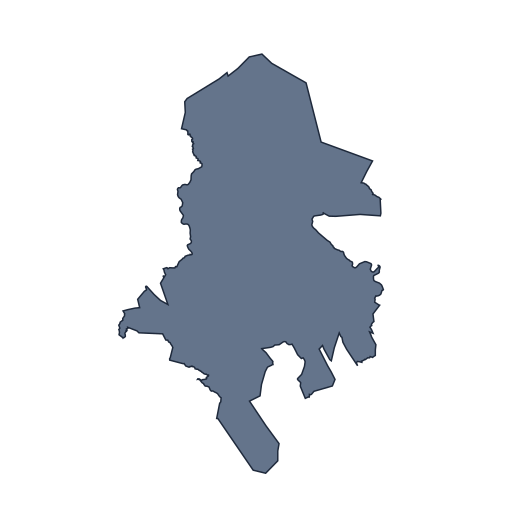 outline of Copalillo, Guerrero, Mexico, rotated 131°
{"feature_id": "50627088B95140334910762", "entity_name": "Copalillo", "entity_type": "district", "adm_level": 2, "iso_a3": "MEX", "parent_name": "Mexico", "parent_adm1": "Guerrero", "projection": "natural_earth1", "projection_center": [-99.014, 17.982], "detail": "fine", "context": "isolated", "style": "filled", "palette": "slate", "viewbox_px": 512, "rotation_deg": 131, "n_neighbors": 0, "source": "geoboundaries", "source_scale": "gbopen_adm2", "svg_char_len": 6168}
<svg xmlns="http://www.w3.org/2000/svg" viewBox="0 0 512 512"><g transform="rotate(131 256 256)"><path d="M92.5,331.8L100.3,370.6L99.7,384.0L110.2,391.7L126.2,392.7L138.5,395.1L136.6,398.2L146.5,400.0L182.3,411.3L186.3,411.0L194.1,403.5L208.8,395.7L206.4,391.2L206.7,390.2L206.4,389.7L207.1,388.8L209.0,387.1L208.8,386.4L207.6,386.1L207.4,385.8L207.7,385.3L208.6,384.5L208.4,383.9L208.8,383.2L208.6,382.1L208.8,381.2L209.3,380.6L210.4,380.8L211.7,379.5L211.6,379.1L211.0,378.6L211.2,378.2L212.0,378.1L212.2,376.7L212.8,376.9L213.8,376.7L214.4,375.9L215.0,376.1L215.2,375.7L215.3,374.9L215.9,373.8L217.0,374.0L217.3,373.1L219.0,372.1L219.2,371.3L219.7,370.6L220.1,369.6L220.1,368.9L220.7,368.6L220.1,366.8L220.3,366.2L221.2,365.6L220.7,363.6L220.9,363.2L222.1,362.6L221.6,361.8L221.1,360.1L221.5,359.4L222.3,359.3L221.8,357.4L222.7,356.4L224.3,355.5L227.9,356.8L229.8,358.2L231.0,358.6L233.0,358.3L236.3,358.5L237.8,357.7L241.2,355.0L243.8,354.3L246.4,354.1L247.5,354.7L248.6,356.6L250.3,357.9L251.2,358.1L253.8,357.9L254.4,358.1L255.4,359.3L256.6,359.3L257.4,358.9L258.4,357.3L261.2,355.4L262.2,353.7L262.5,352.1L262.3,349.7L263.8,346.3L266.5,344.6L267.9,344.6L269.0,345.1L270.0,344.9L271.2,343.8L271.7,342.9L272.8,338.0L273.2,337.2L275.3,336.2L277.2,336.0L278.3,335.5L279.6,334.5L279.8,333.4L279.6,331.8L279.2,331.1L277.7,329.8L276.8,328.4L276.8,327.2L277.1,326.2L278.5,323.9L279.4,322.7L282.0,320.7L284.3,318.0L286.4,316.9L286.9,314.8L287.9,313.9L288.6,313.6L290.0,313.8L292.3,314.9L293.1,314.8L293.8,313.9L294.6,312.2L295.0,311.0L295.1,308.5L295.4,306.9L296.1,305.6L296.5,305.4L297.1,305.4L297.7,306.3L297.8,306.0L300.1,307.9L302.7,309.3L304.2,308.9L305.7,309.7L306.3,309.6L307.5,309.7L310.6,310.3L316.1,308.7L316.8,309.8L318.2,309.4L319.6,311.0L321.5,313.5L323.4,314.1L323.5,314.5L323.2,315.4L323.4,315.8L326.5,317.6L327.0,316.2L328.3,314.5L329.4,311.9L331.9,311.5L331.8,313.3L332.9,311.3L339.2,310.2L350.4,290.7L352.2,298.9L351.9,307.8L350.6,318.4L350.8,319.0L351.2,319.2L351.8,319.0L353.1,316.6L353.4,316.4L355.9,317.1L366.3,316.9L371.3,309.9L374.8,313.2L380.5,317.5L384.7,320.3L385.7,317.2L386.5,316.8L387.5,315.9L390.0,315.7L390.7,315.5L391.8,314.4L395.0,315.1L396.6,314.3L398.2,314.2L399.8,311.4L401.5,311.3L401.8,310.6L403.1,309.0L405.3,307.7L405.0,303.1L405.2,302.5L404.5,302.5L404.0,302.0L402.5,301.8L401.2,303.0L400.8,303.8L400.2,304.3L398.6,304.6L397.9,304.3L397.4,305.2L396.5,304.7L396.3,305.5L395.9,306.0L394.7,305.3L394.0,306.1L390.6,296.7L390.8,294.0L376.0,275.4L378.6,268.9L377.4,267.4L378.2,265.5L377.7,264.0L378.2,263.1L378.9,260.4L379.6,258.8L389.0,254.0L390.2,253.8L391.2,252.8L385.5,241.2L384.9,240.1L384.3,239.7L385.1,236.9L383.9,233.7L383.6,233.4L382.9,233.4L382.8,233.0L381.9,232.7L381.1,232.1L381.4,231.6L380.6,230.7L380.4,229.5L380.6,228.6L381.1,228.0L380.3,226.4L379.6,225.6L379.6,223.9L379.2,223.1L379.4,222.5L379.1,222.1L379.1,221.3L379.2,220.5L379.0,219.8L379.0,218.1L378.5,216.7L377.8,216.1L377.8,214.5L377.1,214.0L377.0,213.7L377.6,213.2L378.0,213.2L380.2,213.8L380.6,213.5L380.8,212.9L381.3,212.8L382.8,213.8L384.6,215.4L385.9,215.5L385.9,218.0L386.8,219.3L387.4,219.2L386.9,218.8L386.7,218.1L386.3,217.6L387.0,213.5L386.7,211.8L387.1,211.1L387.5,209.0L386.4,207.5L385.7,205.5L387.1,202.8L387.3,201.1L386.3,200.2L386.1,199.6L385.7,197.5L385.3,196.3L385.1,194.7L385.9,191.5L386.0,190.3L385.9,189.3L389.2,186.9L391.0,186.8L404.4,179.1L403.7,178.1L419.5,117.6L413.6,106.2L396.3,105.2L388.8,111.7L382.5,115.5L377.6,137.1L369.8,165.7L358.9,161.2L349.3,167.6L337.2,173.2L332.8,174.3L332.0,174.3L328.2,172.6L327.3,172.4L326.8,172.0L326.5,172.7L325.7,173.0L325.4,173.8L324.5,174.1L323.8,178.6L322.4,184.9L322.3,190.2L322.1,190.9L315.4,185.1L313.2,183.7L310.9,183.4L307.7,180.3L303.3,179.2L302.2,178.7L301.2,177.3L301.7,175.2L301.3,173.0L299.9,171.6L298.9,171.0L300.3,166.8L303.2,159.8L303.6,154.5L302.0,153.7L302.4,151.7L303.5,149.6L307.5,147.0L315.4,143.9L321.2,144.2L321.7,143.9L322.0,143.2L322.2,139.4L322.5,139.0L324.8,137.5L325.3,137.0L331.1,125.4L328.0,124.0L327.7,123.3L327.1,123.5L325.4,124.9L325.0,123.9L324.1,123.4L320.1,123.5L304.0,113.1L297.3,115.4L294.1,123.3L291.9,129.8L284.8,147.3L279.9,147.1L281.7,143.5L285.8,132.3L285.7,130.4L273.9,136.7L259.5,142.7L261.1,139.1L261.0,137.8L264.1,133.8L266.9,126.5L272.2,107.3L270.7,110.2L269.1,110.3L268.0,108.7L266.8,106.3L266.2,106.7L266.0,107.3L263.7,106.2L262.9,106.2L262.9,105.9L262.4,105.5L259.4,104.9L259.0,104.2L258.3,103.5L257.9,103.5L257.0,103.9L256.0,101.4L255.1,101.4L252.8,100.7L248.6,104.3L244.3,107.3L241.3,115.6L240.3,117.3L238.8,120.5L237.5,117.0L235.7,120.7L235.0,123.3L233.8,123.4L232.6,123.0L231.8,124.1L229.6,124.3L228.1,124.0L223.0,129.7L212.0,130.4L212.3,131.2L213.0,136.1L210.4,137.8L210.0,138.8L207.4,139.3L207.2,138.7L205.7,137.6L204.3,137.0L202.8,136.8L199.3,138.3L198.6,137.8L197.8,137.8L196.0,141.1L195.5,142.4L195.5,145.1L196.8,148.7L197.2,150.3L197.0,151.3L195.8,152.7L194.3,154.0L193.5,154.3L188.9,152.4L187.8,152.2L187.1,152.5L185.9,153.6L183.2,154.9L182.6,155.6L182.5,156.2L182.6,157.3L182.9,157.7L183.2,157.5L183.4,156.5L184.1,156.0L185.4,156.3L190.3,156.5L191.2,157.0L191.7,157.8L191.9,159.1L191.0,161.1L186.9,162.9L186.3,164.2L187.8,168.7L188.8,170.2L194.0,172.8L197.9,172.8L199.4,173.1L200.1,173.7L200.4,174.7L200.6,176.3L200.3,177.1L198.7,177.8L198.1,178.4L197.4,179.3L198.1,182.1L197.9,182.9L198.3,184.5L198.4,186.1L197.6,189.4L197.1,190.5L195.8,192.4L195.7,193.0L196.0,194.1L196.8,194.7L197.0,195.1L197.1,197.0L197.9,198.5L198.9,201.9L198.8,202.2L198.4,202.7L198.5,203.8L197.9,204.6L197.8,206.9L197.0,209.3L197.5,212.6L197.6,224.1L197.0,228.2L197.1,230.5L196.8,232.5L196.2,233.9L195.6,234.5L192.7,235.9L191.7,237.6L191.2,238.0L188.2,238.5L187.2,238.0L182.6,234.0L181.0,233.0L180.0,232.7L179.7,232.9L179.3,234.2L179.2,232.6L177.9,226.9L173.7,221.8L156.3,204.7L144.1,188.5L141.8,189.8L131.9,199.3L131.2,199.1L131.1,201.8L131.8,203.6L132.0,206.3L132.3,206.8L132.4,207.5L133.1,208.3L133.0,208.5L132.3,208.4L131.8,209.0L131.4,211.0L130.5,212.6L130.7,214.6L129.9,215.9L129.7,218.3L129.9,218.9L129.7,220.3L130.1,221.0L130.2,222.4L131.7,224.7L119.5,227.9L107.8,230.4L127.3,281.6L92.5,331.8Z" fill="#64748b" stroke="#1e293b" stroke-width="1.5"/></g></svg>